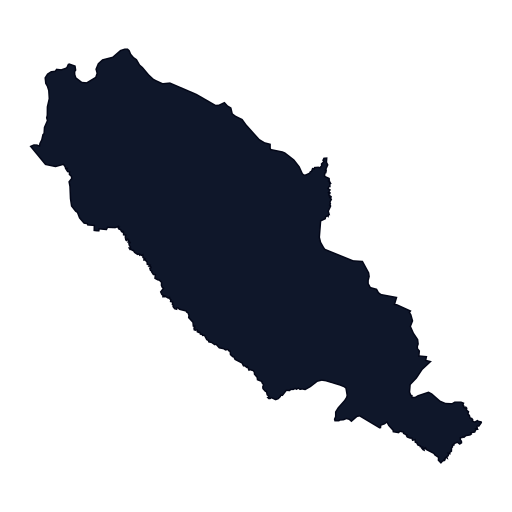 outline of Plaeng Yao, Chachoengsao, Thailand
{"feature_id": "78962969B34139607112253", "entity_name": "Plaeng Yao", "entity_type": "district", "adm_level": 2, "iso_a3": "THA", "parent_name": "Thailand", "parent_adm1": "Chachoengsao", "projection": "orthographic", "projection_center": [101.361, 13.55], "detail": "fine", "context": "isolated", "style": "filled", "palette": "ink", "viewbox_px": 512, "rotation_deg": 0, "n_neighbors": 0, "source": "geoboundaries", "source_scale": "gbopen_adm2", "svg_char_len": 6024}
<svg xmlns="http://www.w3.org/2000/svg" viewBox="0 0 512 512"><path d="M84.1,223.1L87.3,223.6L87.8,224.9L94.3,225.4L94.2,230.4L96.5,230.7L98.8,230.8L99.2,228.8L106.4,229.5L107.5,227.3L115.2,227.6L118.2,226.4L118.1,227.2L119.0,227.2L118.4,228.1L119.0,229.1L120.6,229.6L121.6,231.6L122.8,232.2L123.0,231.4L123.5,231.7L123.6,234.8L125.7,235.0L125.3,237.1L125.8,239.9L126.7,240.5L127.7,239.0L128.7,240.2L128.2,242.1L129.7,242.0L130.2,242.7L128.9,243.7L129.5,245.7L130.5,246.8L130.3,247.9L129.2,248.0L130.1,249.5L131.4,249.3L132.3,250.4L133.4,250.4L134.6,252.4L137.6,254.4L139.2,254.0L139.7,255.1L140.4,254.5L141.4,255.4L142.8,254.7L143.0,257.5L144.9,258.8L144.0,259.3L143.9,260.0L145.2,260.0L147.1,262.0L147.3,264.3L150.0,265.1L149.1,266.1L150.3,266.2L151.0,267.2L150.6,268.2L149.8,268.2L150.5,270.4L151.8,271.1L151.7,271.9L153.4,274.5L155.4,274.6L155.0,278.3L158.2,280.0L159.1,279.9L161.6,282.4L161.4,285.2L162.2,287.2L163.5,288.3L160.7,291.9L161.9,294.5L163.1,295.4L162.9,296.7L164.3,296.7L164.0,296.1L164.6,295.8L168.3,298.1L169.5,297.4L170.1,299.3L170.9,299.7L170.6,301.5L172.7,302.1L172.4,304.5L173.5,305.3L173.1,306.6L174.7,308.7L176.6,309.2L176.7,307.9L177.7,307.7L179.6,309.3L186.3,311.0L186.6,312.0L188.0,312.8L189.0,315.4L188.7,317.6L193.0,322.3L193.3,326.0L194.6,326.1L194.2,326.8L194.8,327.4L194.0,328.2L194.6,329.0L194.2,329.7L195.3,330.2L197.0,329.8L197.7,331.0L197.3,331.7L198.6,332.4L199.7,332.1L200.4,334.1L202.3,334.4L202.6,335.4L204.5,335.3L206.8,339.6L208.4,340.4L208.9,341.9L211.6,342.4L214.7,344.6L216.1,344.2L219.3,347.8L223.8,348.7L225.5,349.9L227.9,349.4L229.1,351.0L230.2,351.3L230.5,354.6L232.8,356.7L233.9,356.9L235.1,359.4L242.1,363.0L243.5,365.8L244.7,365.7L246.7,367.3L247.5,366.6L249.0,370.1L250.0,369.6L253.5,370.7L254.4,372.3L254.5,374.2L257.2,377.3L257.5,379.7L262.0,381.5L262.0,382.7L263.6,384.7L262.8,386.8L263.0,388.6L265.5,391.4L266.5,391.4L267.2,394.8L268.9,396.1L268.7,397.1L267.8,397.5L268.8,398.5L270.1,398.5L271.4,397.6L275.6,399.6L278.1,398.7L280.3,396.5L280.7,395.2L282.4,395.3L286.3,390.3L289.6,390.5L290.6,389.4L293.3,389.4L295.2,388.4L296.4,389.2L298.4,388.1L300.0,389.3L302.3,388.9L305.1,389.5L310.4,386.5L317.2,381.2L321.7,380.1L325.9,380.7L340.1,385.0L344.3,386.7L346.0,388.1L347.2,395.4L346.7,397.4L344.7,400.6L338.3,407.8L335.7,412.0L335.7,416.6L334.6,419.2L335.0,420.7L338.9,420.7L339.7,420.0L343.5,419.7L346.4,418.5L349.3,419.3L351.4,421.2L356.9,416.4L359.6,415.8L379.7,427.8L380.5,427.6L380.7,425.1L384.5,423.8L386.9,421.9L388.8,425.4L393.2,430.3L393.3,431.7L398.6,432.6L399.6,431.4L400.9,431.4L403.6,432.2L403.6,433.4L406.9,435.0L406.5,435.7L407.3,437.0L410.2,438.1L411.8,437.9L412.6,440.2L415.1,439.6L415.3,442.2L416.7,442.7L417.9,445.0L420.3,445.8L420.3,446.7L422.6,447.2L421.8,448.1L423.1,449.7L424.0,450.1L423.6,448.7L425.2,447.8L425.2,448.5L425.9,448.4L426.2,449.4L434.0,453.4L434.8,454.8L438.6,457.4L438.4,460.2L440.9,462.8L442.6,460.9L444.2,460.5L444.0,459.7L444.4,459.2L445.0,459.5L445.3,457.8L446.2,457.4L447.1,458.0L446.7,456.6L448.1,455.8L448.7,454.0L448.2,453.3L449.8,453.6L449.5,452.6L451.4,451.2L451.5,447.8L452.4,447.0L452.5,445.0L453.8,445.1L454.2,443.5L457.4,442.2L459.7,444.0L461.5,442.8L461.4,441.3L460.2,439.5L460.3,437.7L462.0,437.6L462.5,436.8L463.9,437.3L465.9,435.6L470.0,434.9L471.3,434.0L470.7,432.7L474.7,432.0L475.8,429.5L477.1,429.3L476.1,428.6L477.3,428.4L476.9,426.4L477.8,425.7L478.8,426.1L481.3,422.6L481.1,421.9L478.4,421.4L477.4,420.6L474.8,422.1L472.4,421.2L472.7,419.8L471.8,418.5L470.0,418.0L469.3,415.3L467.9,414.2L468.5,411.7L466.4,410.1L466.7,408.2L465.9,407.3L465.5,408.3L464.3,407.9L464.2,407.0L463.5,406.8L463.7,405.9L462.8,405.4L463.5,403.2L461.0,402.2L454.8,402.2L452.1,403.8L445.3,403.5L439.9,401.2L431.7,394.0L428.5,392.3L418.0,395.8L415.2,397.5L411.9,397.5L411.9,395.6L410.7,395.3L409.5,392.1L410.1,384.5L416.3,378.0L422.1,369.3L430.4,361.6L425.6,360.4L426.4,356.7L418.8,356.0L419.3,351.0L417.4,348.7L417.3,346.3L418.1,344.0L417.6,339.6L413.3,333.2L410.3,326.4L412.5,320.9L410.8,314.8L409.3,312.4L410.4,311.0L396.8,304.8L394.4,304.5L396.5,297.5L380.9,294.6L378.4,292.7L376.5,289.3L370.3,287.6L368.1,283.7L368.1,280.4L369.1,276.5L368.6,272.9L362.4,261.5L353.1,260.9L324.8,249.4L323.5,247.6L320.5,242.3L319.3,237.3L320.6,220.9L325.2,218.7L325.5,216.9L327.6,215.7L328.1,216.3L328.6,214.5L329.2,214.5L328.2,211.1L330.5,206.3L330.4,205.3L329.6,204.9L330.4,203.5L329.8,202.2L331.3,199.4L329.8,197.4L330.9,197.5L331.1,196.7L328.8,195.0L328.7,194.0L329.8,193.7L330.0,192.8L328.5,192.3L330.0,189.9L328.0,188.6L329.0,186.5L329.9,186.5L329.8,184.1L330.6,183.4L329.8,182.8L330.5,182.1L329.5,182.4L329.5,181.3L328.6,180.9L329.2,180.4L329.1,178.5L324.6,176.4L324.7,173.1L325.7,172.8L326.2,170.6L326.1,170.0L325.6,170.7L325.3,170.3L327.7,164.9L326.4,162.3L326.7,158.1L324.0,158.3L323.0,160.3L324.0,161.5L321.5,164.0L321.8,165.6L319.9,167.8L318.3,167.3L314.6,167.6L314.3,168.9L312.6,168.6L311.6,171.3L310.3,171.9L309.7,173.2L305.8,175.0L303.9,175.2L302.3,173.8L299.1,166.8L293.8,160.0L284.8,153.0L282.4,152.0L270.7,149.6L270.1,148.2L270.1,144.3L264.3,142.8L259.0,139.5L245.9,124.9L242.1,119.6L235.4,116.3L232.2,113.9L230.8,108.0L227.4,106.0L224.4,102.7L218.9,105.3L215.5,105.5L196.4,94.5L169.9,83.1L162.6,83.8L155.8,80.7L153.2,79.3L148.5,74.9L142.4,67.6L139.5,65.1L136.4,59.7L133.4,57.6L130.6,54.3L129.1,50.7L127.5,49.2L124.8,49.2L120.5,50.6L112.8,57.3L102.6,59.9L98.4,63.7L96.1,69.2L97.2,73.3L95.8,77.4L86.7,82.9L81.8,82.5L75.8,77.9L74.7,74.6L74.6,71.6L75.6,70.1L75.0,66.1L69.3,64.1L68.4,64.4L67.0,67.5L65.9,68.3L61.2,69.9L56.6,69.4L55.3,71.3L51.2,71.8L47.6,74.1L45.2,77.9L45.8,83.4L47.4,86.1L48.8,90.5L49.3,98.7L47.4,106.9L47.3,115.3L46.7,117.8L47.5,120.6L44.5,127.4L44.1,133.6L43.0,134.6L41.8,139.9L40.0,143.4L39.5,146.1L36.9,145.1L33.9,145.0L30.7,146.4L45.5,164.4L55.5,166.5L63.4,164.3L65.2,166.7L65.7,168.8L67.3,168.5L66.7,170.1L67.7,171.6L69.6,171.9L69.4,174.4L71.5,176.4L71.7,178.5L69.1,181.8L70.0,186.5L70.5,198.6L71.6,206.0L75.7,211.2L77.5,212.4L79.6,217.9L84.1,223.1Z" fill="#0f172a" stroke="#020617" stroke-width="1.5"/></svg>